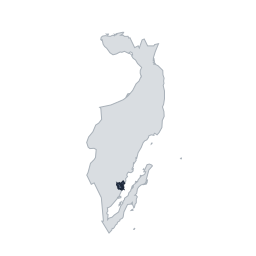 Guaymas, Sonora, Mexico shown in context, rotated 244°
{"feature_id": "50627088B1209754794586", "entity_name": "Guaymas", "entity_type": "district", "adm_level": 2, "iso_a3": "MEX", "parent_name": "Mexico", "parent_adm1": "Sonora", "projection": "natural_earth1", "projection_center": [-110.918, 28.074], "detail": "fine", "context": "in_parent", "style": "filled", "palette": "slate", "viewbox_px": 256, "rotation_deg": 244, "n_neighbors": 0, "source": "geoboundaries", "source_scale": "gbopen_adm2", "svg_char_len": 5430}
<svg xmlns="http://www.w3.org/2000/svg" viewBox="0 0 256 256"><g transform="rotate(244 128 128)"><path d="M41.9,64.9L55.8,63.6L55.1,65.1L77.1,73.5L93.5,73.5L93.5,70.3L103.7,70.3L105.5,72.6L112.7,78.8L114.5,83.9L115.8,85.9L122.6,90.0L124.7,88.5L126.2,84.7L128.2,83.8L133.1,84.5L137.2,88.7L140.0,94.8L144.8,100.3L145.2,103.8L147.3,108.1L157.6,112.2L159.0,111.6L156.2,122.7L155.5,136.0L156.0,138.9L158.8,142.7L158.3,144.8L158.4,142.7L156.1,139.4L156.9,142.4L159.7,148.7L164.2,154.7L165.3,158.4L168.4,162.2L167.6,162.1L169.4,163.1L168.8,162.5L172.0,163.0L174.4,164.3L176.4,166.8L181.8,164.9L185.8,164.6L188.4,163.2L191.2,162.9L191.8,163.4L191.6,164.2L193.9,164.7L195.4,163.5L195.0,161.6L194.2,162.0L194.4,161.6L198.5,158.4L198.7,155.7L199.8,154.2L199.7,149.9L200.4,146.6L203.5,144.8L209.1,143.8L211.5,142.7L214.2,142.4L218.8,143.5L219.1,142.8L217.9,142.8L219.5,142.3L221.3,143.7L221.7,145.6L220.9,148.2L218.1,152.2L218.1,154.8L216.7,156.4L216.9,156.9L218.3,156.7L216.9,158.4L217.0,159.0L217.9,158.8L216.3,165.4L215.9,166.0L214.9,164.5L214.6,162.0L213.3,164.6L212.0,164.8L210.4,168.2L208.4,168.1L208.3,169.3L197.3,169.2L197.4,173.2L194.9,173.2L201.0,179.3L200.9,181.6L193.2,181.6L190.5,187.2L191.3,188.6L190.4,192.4L184.7,186.0L180.1,181.7L177.3,180.1L177.0,180.5L179.6,181.9L175.6,180.7L175.8,179.6L174.8,180.1L174.1,179.1L173.4,180.1L174.7,180.6L172.7,180.8L170.8,182.3L164.5,184.5L160.4,182.7L157.0,182.3L154.6,180.6L152.3,179.9L150.9,178.3L145.3,177.0L138.3,173.6L133.7,170.4L131.8,168.2L127.1,167.5L122.6,165.6L119.7,162.1L113.6,158.7L110.3,154.0L109.1,151.1L111.6,149.7L111.1,148.5L110.0,148.1L111.7,145.9L111.8,143.2L110.5,142.3L109.1,139.7L109.1,137.3L108.2,135.2L104.6,131.2L101.4,126.3L96.4,122.1L97.9,122.9L97.9,122.0L95.3,121.1L93.4,117.8L94.7,117.9L90.9,115.7L90.4,114.6L88.9,115.0L88.7,114.5L89.8,113.2L87.9,114.2L86.8,113.2L86.6,111.0L87.9,109.1L88.4,109.5L87.5,107.5L86.2,106.2L84.6,106.3L83.5,103.6L81.6,103.0L80.4,101.9L79.6,99.5L80.1,98.1L76.6,97.3L70.5,89.9L70.2,88.1L69.3,87.5L65.3,78.3L65.0,75.5L65.4,74.5L62.1,73.4L61.3,71.9L60.2,71.3L59.0,72.2L54.5,69.4L55.3,71.2L54.8,74.7L55.8,77.5L56.6,82.7L61.2,87.4L62.7,90.5L63.4,90.4L63.7,91.3L64.4,91.4L65.1,93.5L66.4,94.1L67.1,98.3L69.5,100.5L70.3,102.9L71.4,103.6L72.2,106.5L73.2,107.2L72.6,105.0L74.0,106.3L75.6,112.8L77.1,114.6L79.2,119.3L78.9,121.3L79.3,123.0L81.0,124.7L81.7,123.0L86.7,129.1L86.2,131.4L84.3,133.1L83.2,133.3L81.1,128.3L73.3,121.5L72.6,121.6L71.0,119.5L70.6,118.1L71.1,114.9L70.4,111.9L69.2,109.8L65.4,107.1L64.6,104.6L63.9,105.7L62.0,106.2L60.6,104.4L57.1,102.6L56.5,101.1L53.9,99.0L53.6,98.2L56.4,98.6L58.0,98.0L57.9,98.7L59.3,99.4L58.8,97.7L58.2,97.6L59.5,94.1L54.3,87.5L50.1,84.6L49.3,83.2L49.3,80.7L48.2,80.0L47.9,77.2L46.5,76.0L46.3,74.4L44.5,71.8L44.1,70.6L44.7,69.8L43.4,68.7L41.9,64.9ZM70.3,90.0L69.8,91.6L68.5,91.1L69.0,88.6L69.8,88.3L70.3,90.0ZM64.7,89.6L62.7,87.8L62.2,85.9L63.2,86.5L63.4,87.6L64.4,87.9L64.7,89.6ZM221.0,151.6L220.5,151.1L220.7,150.3L221.9,149.7L221.0,151.6ZM71.0,121.6L69.6,119.9L70.5,116.3L70.2,119.5L71.0,121.6ZM52.9,96.6L51.8,96.4L52.5,94.5L53.0,95.9L52.9,96.6ZM35.0,90.4L34.1,89.2L34.3,88.7L34.6,88.7L35.0,90.4ZM72.2,121.6L73.1,123.0L71.3,121.7L72.2,121.6ZM104.1,142.4L103.9,143.0L103.5,142.7L103.3,141.8L104.1,142.4ZM79.7,118.1L80.0,119.1L79.1,117.8L79.7,118.1ZM76.2,111.0L76.7,111.5L76.0,112.4L76.2,111.0ZM77.8,162.7L77.4,162.8L76.9,162.4L77.4,161.8L77.8,162.7ZM193.2,162.9L192.2,163.2L193.8,162.6L193.2,162.9ZM84.4,124.2L83.9,124.0L83.9,123.0L84.4,124.2Z" fill="#d9dde1" stroke="#a8b0b8" stroke-width="1"/><path d="M82.4,96.2L82.4,95.7L82.3,95.8L82.3,95.7L82.3,95.3L82.6,95.2L82.6,94.9L82.5,94.6L82.8,94.4L82.7,94.4L82.8,94.3L82.8,94.2L82.8,93.9L82.7,93.8L82.7,93.6L82.6,93.0L82.5,93.3L82.3,93.2L82.2,93.2L82.1,93.3L81.9,93.1L81.4,93.1L81.1,93.0L80.9,93.1L80.8,93.3L80.6,93.4L80.7,93.2L80.6,93.4L80.5,93.5L80.2,93.4L80.0,93.6L80.1,93.8L79.8,93.9L79.7,93.7L79.4,93.6L79.4,93.3L79.2,93.3L79.2,93.2L79.0,93.3L78.9,93.3L78.8,93.2L78.7,93.2L78.7,93.3L78.6,93.2L78.4,92.7L78.2,92.7L77.6,92.8L77.7,93.2L77.5,93.3L77.4,93.4L77.3,93.7L77.1,93.6L77.0,93.9L77.1,94.3L76.9,94.4L76.7,94.4L76.7,94.6L76.4,94.5L76.4,94.9L76.2,94.9L75.8,94.8L75.7,94.9L75.6,95.0L75.4,95.2L75.6,95.5L75.2,95.3L75.1,95.5L75.3,95.6L75.4,95.8L75.4,96.0L75.5,96.0L75.6,96.3L75.7,96.5L75.8,96.6L75.9,96.8L76.0,96.7L76.1,96.8L76.3,97.1L76.5,97.2L76.5,97.3L76.6,97.2L76.6,97.3L76.8,97.5L76.7,97.5L76.8,97.5L77.0,97.6L77.0,97.4L77.3,97.4L77.4,97.5L77.5,97.5L77.5,97.8L77.5,97.7L77.5,97.8L77.6,98.0L77.7,97.9L77.8,98.0L77.7,98.0L77.8,98.0L78.0,98.2L78.1,97.9L77.9,97.8L78.0,97.8L77.9,97.8L77.9,97.7L77.9,97.8L78.0,97.7L77.9,97.7L78.0,97.6L78.2,97.4L78.3,97.4L78.2,97.4L78.1,97.2L78.2,97.3L78.2,97.2L78.3,97.3L78.3,97.2L78.4,97.3L78.5,97.2L78.6,96.8L78.6,96.6L78.8,96.4L78.9,96.1L79.0,96.1L79.3,96.1L79.5,96.1L79.5,96.3L80.1,96.7L80.1,96.8L79.7,97.9L79.8,97.9L79.9,98.0L80.0,98.1L80.0,98.3L79.9,98.3L79.8,98.2L79.8,98.3L79.8,98.2L79.7,98.2L79.7,98.3L79.8,98.3L79.7,98.3L79.8,98.3L79.7,98.3L79.6,98.5L79.6,98.4L79.6,98.7L79.6,98.8L79.6,99.0L79.6,99.5L79.5,99.8L79.7,100.3L79.7,100.5L82.1,100.5L82.1,100.3L82.3,100.2L81.8,98.9L81.5,97.8L81.5,96.8L81.3,95.7L82.4,96.2ZM78.2,97.4L78.3,97.4L78.2,97.4ZM75.1,97.3L75.1,97.2L75.0,97.3L75.1,97.3ZM78.3,97.8L78.2,97.9L78.3,97.8ZM78.1,97.7L78.0,97.8L78.1,97.7L78.1,97.7ZM78.1,98.0L78.1,97.9L78.1,98.0L78.1,98.0ZM77.1,97.5L77.1,97.4L77.1,97.5L77.1,97.5Z" fill="#64748b" stroke="#1e293b" stroke-width="1.5"/></g></svg>